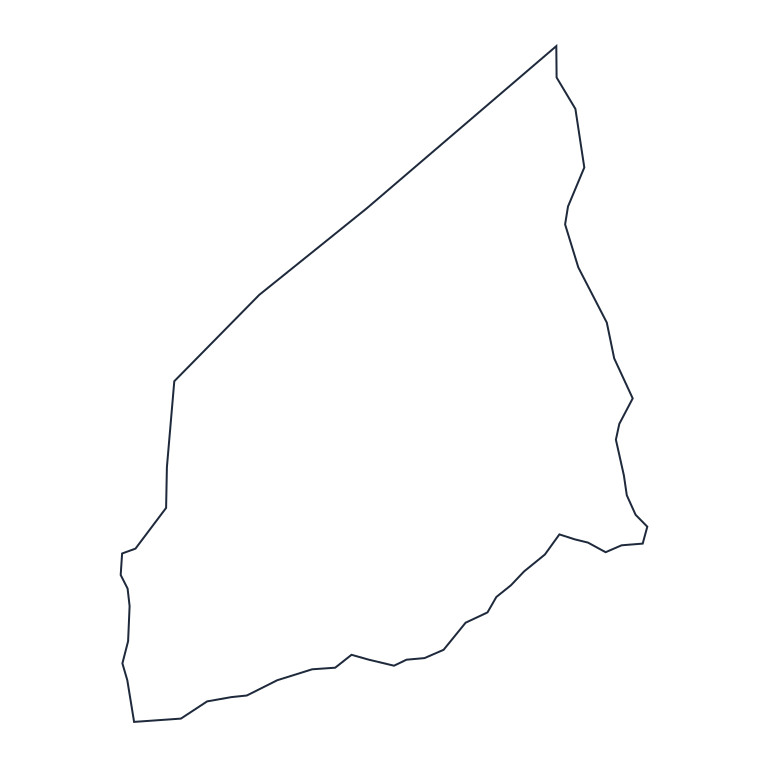 the district of Serra de São Bento, Rio Grande do Norte, Brazil
{"feature_id": "56859067B16323144797596", "entity_name": "Serra de São Bento", "entity_type": "district", "adm_level": 2, "iso_a3": "BRA", "parent_name": "Brazil", "parent_adm1": "Rio Grande do Norte", "projection": "natural_earth1", "projection_center": [-35.714, -6.42], "detail": "fine", "context": "isolated", "style": "outline", "palette": "slate", "viewbox_px": 768, "rotation_deg": 0, "n_neighbors": 0, "source": "geoboundaries", "source_scale": "gbopen_adm2", "svg_char_len": 808}
<svg xmlns="http://www.w3.org/2000/svg" viewBox="0 0 768 768"><path d="M556.3,46.1L366.9,208.2L326.7,240.6L259.3,294.8L174.3,381.2L166.9,467.2L166.1,507.9L135.5,548.6L122.1,553.5L120.7,575.0L127.6,588.6L129.6,606.1L128.1,641.2L122.4,663.4L127.3,680.2L134.1,721.9L180.9,718.6L207.1,701.4L231.4,697.1L246.8,695.5L277.3,680.2L312.1,669.3L335.2,667.7L351.5,654.8L368.9,659.7L394.0,665.7L406.5,659.7L424.5,658.1L443.6,649.8L465.6,622.7L487.5,612.4L496.4,596.9L510.9,585.3L524.1,571.4L544.9,554.5L559.4,534.4L574.6,539.3L588.0,542.6L605.6,552.2L621.6,545.3L642.7,543.6L647.3,526.7L635.6,514.8L626.8,495.3L623.9,475.5L615.9,439.7L619.3,423.9L632.7,398.4L614.2,358.4L606.8,322.6L578.3,267.4L565.1,224.4L568.0,206.5L584.3,167.5L575.4,108.9L556.6,77.5L556.3,46.1Z" fill="none" stroke="#1e293b" stroke-width="2"/></svg>